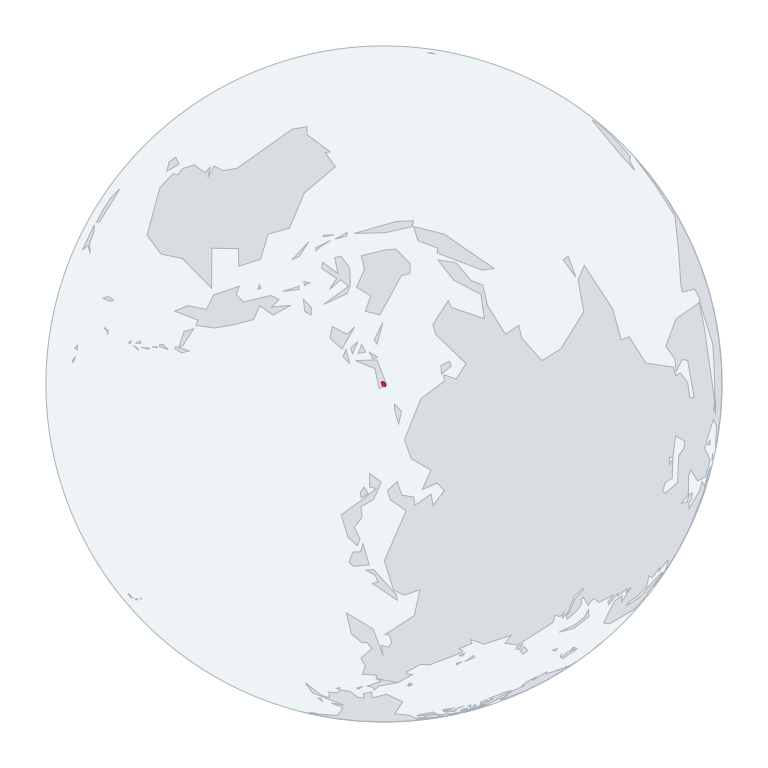 the Earth from above Apayao, rotated 157°
{"feature_id": "PHL-2546", "entity_name": "Apayao", "entity_type": "Province", "adm_level": 1, "iso_a3": "PHL", "parent_name": "Philippines", "parent_adm1": "", "projection": "orthographic", "projection_center": [121.11, 18.109], "detail": "fine", "context": "on_globe", "style": "filled", "palette": "rose", "viewbox_px": 768, "rotation_deg": 157, "n_neighbors": 0, "source": "natural_earth", "source_scale": "10m", "svg_char_len": 10848}
<svg xmlns="http://www.w3.org/2000/svg" viewBox="0 0 768 768"><g transform="rotate(157 384 384)"><circle cx="384" cy="384" r="338" fill="#eef3f6" stroke="#a8b0b8"/><path d="M662.0,525.0L661.6,527.1L661.3,527.5L662.0,525.0ZM581.8,110.0L582.6,110.7L556.5,97.1L548.3,101.8L557.0,110.9L546.3,103.8L570.4,127.5L573.2,139.6L563.1,121.6L556.7,116.6L555.1,122.0L548.3,118.3L543.5,119.1L535.5,114.5L530.2,105.5L524.9,102.6L524.1,106.8L515.5,105.6L517.4,99.7L502.6,97.3L491.0,84.2L502.8,76.2L489.6,68.8L483.5,61.6L477.2,59.9L470.9,57.5L461.3,55.1L462.6,55.3L488.0,62.5L512.8,71.6L536.8,82.6L559.8,95.4L581.8,110.0ZM460.3,54.8L453.8,53.4L454.2,53.7L450.3,53.1L444.7,52.0L445.7,51.8L448.7,52.4L446.1,51.8L447.6,52.1L460.3,54.8ZM444.5,51.5L444.4,51.5L444.5,51.5ZM701.4,291.6L698.7,284.7L700.8,286.9L701.4,291.6ZM696.6,282.0L697.6,284.0L696.7,282.6L696.6,282.0ZM695.7,282.0L696.3,282.0L695.9,282.8L695.7,282.0ZM694.7,283.0L695.1,282.1L695.2,282.5L694.7,283.0ZM692.2,282.2L691.5,281.8L691.6,280.2L692.2,282.2ZM587.2,114.0L584.1,111.9L582.5,110.5L587.2,114.0ZM575.9,107.9L573.3,105.6L581.4,110.7L580.4,110.4L575.9,107.9ZM564.8,118.9L564.8,116.0L567.2,120.3L564.8,118.9ZM544.3,120.1L546.5,122.3L543.1,121.9L544.3,120.1ZM527.7,114.7L521.6,113.9L526.9,113.1L527.7,114.7ZM517.4,112.4L502.7,111.5L506.4,115.9L487.9,103.7L506.5,107.9L512.4,106.0L512.7,109.4L517.4,112.4ZM456.7,54.3L456.1,53.9L461.9,55.4L456.7,54.3ZM461.4,55.5L484.6,62.7L482.7,63.4L475.3,60.5L477.0,63.0L464.7,59.6L461.0,57.6L464.6,57.6L457.1,56.4L461.4,55.5ZM480.0,97.6L475.6,96.4L479.2,96.0L480.0,97.6ZM449.2,53.0L454.1,54.1L452.8,54.7L442.8,52.6L446.4,53.0L449.2,53.0ZM483.5,65.5L480.8,66.0L470.1,63.3L467.6,63.3L464.3,59.6L483.5,65.5ZM443.9,52.4L437.8,51.7L433.3,50.6L444.4,52.1L443.9,52.4ZM456.6,55.8L455.5,56.1L452.9,55.2L456.6,55.8ZM413.8,47.5L419.6,48.2L419.5,48.4L413.8,47.5ZM435.8,51.6L437.4,52.0L438.0,52.3L433.2,51.8L435.8,51.6ZM456.9,58.3L453.0,57.3L457.7,59.6L449.9,58.2L449.1,56.2L446.1,56.5L443.7,56.1L445.8,55.1L456.9,58.3ZM430.1,52.4L426.4,50.4L415.6,48.8L415.4,48.4L432.8,51.1L430.1,52.4ZM439.1,54.0L433.5,52.8L436.2,52.6L441.7,53.2L439.1,54.0ZM444.8,58.1L457.1,60.7L456.9,61.1L444.8,58.1ZM426.4,51.9L427.4,52.5L425.3,51.8L426.4,51.9ZM438.6,56.1L443.0,56.8L442.6,57.2L438.6,56.1ZM425.7,53.3L424.5,52.4L428.2,52.7L425.7,53.3ZM431.2,54.6L429.6,55.0L430.2,53.3L433.2,54.8L431.2,54.6ZM437.5,56.4L438.7,56.9L435.7,56.0L437.5,56.4ZM412.4,53.2L412.3,51.0L420.5,51.4L419.4,53.4L412.4,53.2ZM100.0,200.8L104.0,195.1L94.2,215.7L94.6,222.9L113.9,199.7L113.4,187.1L124.1,172.9L133.2,172.3L135.2,185.3L139.5,180.3L147.2,163.1L156.9,158.0L151.0,156.8L146.5,163.2L142.7,163.1L146.5,157.3L149.8,155.4L151.8,150.2L135.6,162.1L129.4,169.9L128.9,164.6L118.5,177.6L115.1,180.7L131.5,160.2L136.9,154.5L159.7,131.4L154.0,136.4L177.1,116.9L201.7,99.4L199.1,101.3L214.6,92.4L215.0,92.8L205.7,97.6L197.6,102.8L191.3,110.6L193.9,110.0L204.5,104.0L201.4,107.6L212.5,100.9L215.3,103.9L221.1,95.1L233.7,89.5L242.5,88.2L247.7,85.2L233.4,87.4L226.7,90.0L219.3,94.4L202.2,102.0L201.5,101.1L223.5,88.4L225.0,86.4L241.4,78.8L269.9,75.1L275.2,78.2L256.4,94.3L247.7,96.0L250.1,90.7L235.9,100.5L242.8,97.2L240.2,100.7L251.6,97.5L250.4,99.9L263.4,93.2L263.1,95.8L254.9,100.0L271.5,99.0L274.4,104.4L278.8,103.1L282.6,100.3L283.8,109.8L287.0,108.5L287.8,104.8L294.7,100.1L307.2,96.0L306.9,99.5L302.4,101.4L292.4,111.5L280.3,117.1L281.5,118.2L291.9,114.3L304.1,101.9L311.7,98.5L307.1,104.1L309.4,101.8L313.1,101.3L316.5,104.3L322.1,98.3L363.2,91.6L374.0,98.1L365.3,103.0L393.8,105.5L403.7,114.7L404.4,110.9L418.5,111.0L415.6,108.0L417.0,106.3L452.0,107.7L460.0,111.6L475.9,110.1L476.3,108.5L471.3,105.3L487.9,103.7L506.4,115.9L504.6,118.8L517.4,125.4L511.4,131.6L512.4,140.6L498.4,145.1L500.5,152.7L505.3,154.5L511.6,167.0L508.0,188.0L489.7,162.6L491.0,134.2L488.6,144.5L482.8,140.1L478.1,142.7L477.0,150.8L480.7,153.0L446.5,159.0L431.3,180.6L447.7,181.7L455.7,190.4L452.7,221.1L413.1,258.8L423.3,274.9L422.4,284.5L410.1,288.9L411.1,274.8L400.7,268.3L403.1,260.3L383.7,264.1L386.4,252.8L370.0,262.3L373.7,272.0L389.8,272.0L374.5,286.3L388.0,304.6L387.0,324.6L355.7,356.1L327.6,363.0L325.4,369.1L315.6,360.4L300.5,370.8L316.9,409.4L315.7,419.7L292.2,435.8L292.1,428.1L266.1,404.9L259.7,428.6L279.2,452.4L285.9,477.2L270.1,467.3L263.5,445.3L254.4,436.4L258.1,415.5L252.8,382.3L237.0,385.3L239.3,372.7L229.6,343.9L207.6,347.2L171.7,372.5L164.8,403.9L153.3,414.9L144.2,363.6L148.4,331.9L139.9,331.8L134.8,300.9L111.1,286.4L112.3,277.5L106.8,278.4L104.0,266.3L107.7,252.3L103.9,249.9L95.2,287.1L99.9,290.0L110.2,281.3L106.4,293.7L109.8,308.7L89.5,329.9L61.9,335.7L67.0,311.4L86.4,238.6L90.1,232.7L90.5,231.9L91.3,230.5L85.0,239.5L91.0,226.2L72.3,273.5L65.7,292.5L61.4,336.8L59.9,339.4L60.9,349.9L73.4,352.2L71.8,359.9L61.1,390.3L50.6,424.9L56.5,460.8L63.3,488.8L64.7,494.5L57.2,470.1L51.7,445.2L48.0,420.0L46.2,394.5L46.4,369.0L48.5,343.6L52.5,318.4L58.4,293.6L66.1,269.3L75.7,245.7L87.0,222.8L100.0,200.8ZM153.6,136.8L132.0,159.3L134.7,156.0L127.5,164.0L130.5,160.6L135.0,155.6L136.7,153.7L153.6,136.8ZM129.4,214.0L135.9,222.3L146.8,203.3L150.2,205.3L152.6,198.5L147.5,202.0L155.6,184.5L163.3,183.5L169.6,176.5L167.7,173.5L152.3,178.5L140.6,202.9L133.2,207.6L129.4,214.0ZM293.4,58.4L289.6,59.6L283.0,61.5L293.4,58.4ZM430.0,49.2L440.3,50.8L437.6,50.8L431.2,50.1L426.7,49.4L429.9,49.5L421.6,48.7L422.8,48.4L416.5,47.8L410.2,47.1L430.0,49.2ZM378.0,46.1L376.6,46.2L383.6,46.8L397.6,47.3L400.5,48.0L394.1,47.8L401.4,48.7L391.4,49.1L393.2,49.8L385.1,51.4L371.8,51.5L374.9,52.3L368.9,54.2L357.6,54.9L363.2,53.1L346.8,55.6L347.8,53.6L345.9,54.0L342.4,53.1L334.7,53.1L336.7,52.2L332.8,52.6L330.4,52.4L325.8,52.9L327.9,51.7L322.4,52.4L326.5,51.6L316.5,53.2L324.8,51.6L322.5,51.8L315.6,53.3L321.5,51.9L349.6,47.8L378.0,46.1ZM409.7,53.6L393.6,53.0L386.2,52.0L403.4,49.9L403.1,49.2L413.8,48.8L424.2,50.6L420.2,50.4L418.7,50.8L416.1,50.0L417.1,50.9L411.6,50.9L410.9,51.8L405.8,51.2L409.7,53.6ZM205.7,98.0L205.6,98.6L202.9,100.2L199.8,101.8L205.7,98.0ZM309.2,65.5L313.5,63.7L315.2,63.8L327.2,61.4L327.4,63.2L320.2,65.4L309.2,65.5ZM110.0,201.9L105.9,204.6L107.6,201.0L108.6,200.8L110.0,201.9ZM111.9,185.6L108.2,192.3L110.6,187.2L111.9,185.6ZM311.4,67.1L316.3,65.7L313.3,67.6L311.4,67.1ZM328.1,64.5L325.8,66.5L328.8,63.2L328.1,64.5ZM207.6,667.6L214.6,671.9L211.2,670.6L207.6,667.6ZM76.4,502.0L89.4,545.7L85.5,541.0L77.8,525.1L68.3,497.0L70.6,494.0L69.8,482.9L76.4,502.0ZM371.5,540.8L382.1,543.1L381.7,544.5L371.5,540.8ZM360.5,534.9L372.4,536.4L358.6,537.9L360.5,534.9ZM377.1,537.0L389.2,535.1L394.5,533.2L393.6,536.1L377.1,537.0ZM352.5,534.2L309.6,528.9L293.0,522.7L296.7,517.9L323.7,522.8L352.5,534.2ZM295.3,517.5L270.2,498.5L237.5,447.4L249.1,450.5L283.7,483.7L281.4,488.1L296.7,502.5L295.3,517.5ZM357.2,497.0L354.8,510.9L331.0,507.0L320.3,503.5L312.8,484.3L317.0,475.6L325.7,477.0L360.7,449.3L372.7,458.2L361.7,470.5L371.5,483.9L357.2,497.0ZM165.7,407.4L170.6,428.3L164.6,429.7L165.7,407.4ZM375.8,428.4L361.1,440.9L374.8,423.6L375.8,428.4ZM384.4,411.6L384.9,418.8L379.5,411.3L384.4,411.6ZM324.2,378.9L314.9,379.3L315.1,374.2L327.1,370.8L324.2,378.9ZM386.1,341.7L384.4,356.4L382.0,361.2L378.6,351.9L386.1,341.7ZM319.8,87.1L302.8,87.8L290.7,91.0L284.1,96.3L286.2,89.8L304.9,84.9L319.8,87.1ZM357.9,90.4L363.6,86.7L366.1,88.8L365.1,89.9L357.9,90.4ZM357.9,87.8L355.7,82.6L362.1,81.0L362.6,85.3L357.9,87.8ZM332.8,73.0L327.8,72.9L330.3,71.2L332.8,73.0ZM582.3,644.5L585.6,644.9L575.9,653.2L562.8,662.1L551.0,666.8L582.3,644.5ZM487.3,674.3L486.7,666.4L500.7,664.8L495.1,672.2L487.3,674.3ZM591.4,637.4L600.1,628.5L603.3,619.1L602.4,627.1L609.3,625.2L588.5,643.6L591.4,637.4ZM435.1,639.9L369.1,654.4L354.4,650.9L357.5,643.7L343.0,618.8L347.7,619.8L343.9,603.0L382.6,591.1L410.1,564.4L432.3,567.3L448.7,547.1L471.7,549.1L465.1,565.4L489.4,576.3L505.2,539.6L520.5,578.2L538.4,590.8L544.0,613.5L513.6,652.2L495.8,660.1L492.1,657.0L484.8,660.9L473.0,659.8L466.0,648.2L458.8,652.0L465.5,642.9L455.2,651.0L448.8,643.3L435.1,639.9ZM600.1,566.6L603.6,567.2L609.2,572.7L603.6,572.4L600.1,566.6ZM653.1,535.2L654.6,537.8L651.0,539.5L653.1,535.2ZM661.3,527.5L657.0,530.1L662.0,525.0L661.3,527.5ZM618.2,542.0L620.0,544.1L618.5,545.2L618.2,542.0ZM616.8,541.4L618.9,537.3L618.6,541.2L616.8,541.4ZM600.0,522.6L602.0,520.4L603.0,521.8L600.0,522.6ZM397.6,544.4L412.2,534.6L420.3,534.2L397.6,544.4ZM596.8,518.6L591.5,518.8L592.1,516.6L596.8,518.6ZM597.1,513.7L596.5,510.7L599.9,517.4L597.1,513.7ZM586.9,507.8L593.4,512.6L586.1,508.6L586.9,507.8ZM583.0,508.9L578.3,506.9L578.6,505.9L583.0,508.9ZM530.4,515.5L548.0,532.8L534.0,532.8L518.3,522.0L506.3,532.5L479.0,530.6L485.1,524.2L481.3,514.3L453.3,509.6L447.7,502.8L457.6,498.8L439.2,492.9L459.3,490.8L467.6,504.5L479.0,494.3L498.8,497.2L518.3,501.8L534.1,511.5L530.4,515.5ZM459.6,520.1L463.1,520.3L460.0,524.1L459.6,520.1ZM569.3,500.1L576.1,506.2L575.3,507.8L572.0,507.0L569.3,500.1ZM537.7,509.1L554.7,497.7L558.7,497.7L547.5,510.5L537.7,509.1ZM550.5,490.6L558.4,491.9L562.7,498.0L561.0,499.7L550.5,490.6ZM418.6,505.9L417.9,509.5L412.7,506.3L418.6,505.9ZM425.3,504.1L440.9,508.9L423.9,507.1L425.3,504.1ZM378.5,487.7L383.0,496.9L397.1,492.4L386.3,499.6L396.1,514.8L392.9,520.0L383.2,503.6L380.0,519.5L373.8,518.6L370.2,504.5L376.4,488.1L382.7,481.7L408.3,480.8L378.5,487.7ZM425.1,493.3L421.0,482.7L424.1,476.0L428.6,481.8L425.1,493.3ZM409.1,457.0L398.6,444.2L388.7,448.0L409.0,432.8L415.7,447.5L409.1,457.0ZM400.7,429.9L391.4,433.3L401.2,424.3L400.7,429.9ZM389.2,429.1L388.5,420.6L395.6,422.3L389.2,429.1ZM405.4,430.7L407.7,416.6L411.0,425.2L405.4,430.7ZM386.2,401.6L401.1,416.7L381.2,409.0L381.8,381.7L390.4,381.8L386.2,401.6ZM442.7,296.9L441.3,289.3L449.4,288.2L448.1,293.7L442.7,296.9ZM474.6,280.3L451.1,285.5L432.1,290.8L437.4,294.7L432.2,307.2L424.8,294.6L438.9,281.7L453.2,280.1L456.3,269.8L467.4,263.7L466.6,250.7L471.8,245.6L476.9,257.2L474.6,280.3ZM465.7,245.3L468.3,223.4L483.0,227.8L485.8,233.5L478.4,241.4L471.0,238.6L465.7,245.3ZM473.2,219.7L466.1,217.1L455.0,185.2L456.3,179.9L472.6,204.9L466.8,203.9L466.9,211.4L473.2,219.7ZM476.4,98.4L475.7,96.6L479.0,98.4L476.4,98.4ZM415.1,104.7L417.6,102.8L421.3,104.5L415.1,104.7ZM426.5,98.6L420.6,97.9L427.0,97.1L426.5,98.6ZM407.2,96.9L418.2,96.9L407.5,99.1L407.2,96.9Z" fill="#d9dde1" stroke="#a8b0b8" stroke-width="1"/><path d="M383.0,384.8L383.1,384.7L383.0,384.2L383.1,383.9L383.3,383.7L383.2,383.5L383.1,383.4L382.9,383.3L382.9,383.2L383.0,383.1L383.1,382.9L383.1,382.7L383.1,382.4L383.1,382.1L383.3,382.0L383.4,381.9L383.5,381.8L383.6,381.7L383.8,381.5L383.9,381.8L384.1,381.9L384.7,382.1L384.9,382.2L385.9,382.9L386.1,383.0L386.1,383.3L386.1,383.5L386.0,383.8L386.0,384.1L385.5,385.0L385.4,385.3L385.2,385.5L385.3,385.8L385.5,385.8L385.7,386.0L385.8,386.3L385.0,386.4L384.6,386.5L384.1,386.5L384.1,386.4L384.0,385.9L384.0,385.7L383.9,385.6L383.6,385.6L383.4,385.4L383.3,385.1L383.2,384.9L383.0,384.8Z" fill="#f43f5e" stroke="#9f1239" stroke-width="1.5"/></g></svg>